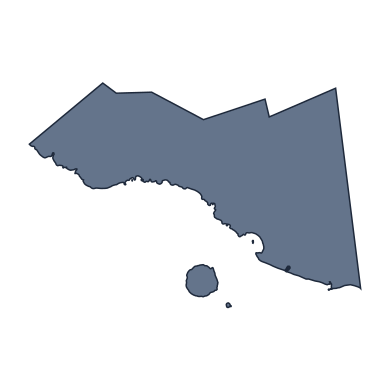 Bogia District, Madang, Papua New Guinea, rotated 173°
{"feature_id": "67681753B59522358603410", "entity_name": "Bogia District", "entity_type": "district", "adm_level": 2, "iso_a3": "PNG", "parent_name": "Papua New Guinea", "parent_adm1": "Madang", "projection": "orthographic", "projection_center": [145.006, -4.34], "detail": "fine", "context": "isolated", "style": "filled", "palette": "slate", "viewbox_px": 384, "rotation_deg": 173, "n_neighbors": 0, "source": "geoboundaries", "source_scale": "gbopen_adm2", "svg_char_len": 6018}
<svg xmlns="http://www.w3.org/2000/svg" viewBox="0 0 384 384"><g transform="rotate(173 192 192)"><path d="M36.8,277.5L106.2,257.1L108.2,275.3L171.8,262.4L219.9,296.0L255.1,299.3L267.3,311.0L347.6,259.3L346.6,257.9L345.9,257.3L344.7,256.7L343.9,256.7L343.0,256.3L342.6,255.6L342.7,254.4L342.4,253.7L342.0,253.3L341.2,253.1L338.8,248.3L337.9,247.1L335.7,244.9L334.7,244.2L334.0,243.9L333.1,243.9L330.3,244.8L329.5,244.8L328.4,244.5L327.4,244.6L326.6,245.4L325.7,247.4L325.2,247.9L324.5,247.7L324.3,246.3L325.0,245.5L325.9,243.4L326.0,242.2L325.1,239.6L323.8,237.3L323.5,236.0L323.1,235.2L322.1,234.5L320.3,234.7L317.9,234.1L317.2,233.7L317.0,232.8L317.2,231.9L316.9,231.6L316.2,232.2L315.8,232.1L314.8,231.6L314.1,232.0L313.7,232.0L313.4,231.8L313.5,230.9L313.0,230.3L311.2,229.0L309.9,228.4L306.5,228.5L305.8,228.8L304.8,229.1L304.2,229.2L303.4,228.7L303.9,227.8L304.5,227.5L305.1,226.8L305.3,225.6L305.9,225.0L305.8,224.6L304.4,224.6L303.5,224.1L302.4,223.2L302.0,222.6L301.8,221.5L301.0,220.3L299.9,218.2L298.2,217.2L298.7,216.5L298.7,215.9L297.7,213.3L296.3,211.8L294.1,210.3L292.4,209.6L291.7,208.7L290.8,207.9L289.7,207.4L288.2,207.4L287.1,207.6L285.9,207.5L281.9,206.6L277.9,206.2L275.6,206.2L271.9,207.2L270.7,207.8L269.3,208.2L267.3,208.5L265.9,208.5L263.8,209.5L261.7,210.0L259.2,210.0L258.4,209.4L258.3,208.0L257.9,207.5L257.1,207.3L256.8,207.6L256.9,208.1L257.4,208.8L257.3,209.6L256.1,210.9L254.9,211.5L254.1,211.5L253.5,211.3L252.8,211.4L251.8,212.7L249.6,213.5L249.0,213.4L248.3,212.6L248.0,211.5L247.5,210.9L247.0,211.0L246.7,211.3L246.4,212.4L246.4,213.0L245.9,214.0L245.6,214.4L244.1,214.7L243.4,214.6L241.4,213.3L240.3,212.0L240.2,211.4L241.0,210.3L240.8,209.5L240.5,209.4L239.7,210.4L239.3,210.5L238.9,210.2L238.9,209.7L239.5,209.1L239.4,208.6L237.9,207.5L237.2,207.5L236.2,208.1L235.5,208.1L234.5,207.6L234.1,207.6L233.7,207.8L233.0,208.6L232.7,209.3L232.3,209.7L232.0,209.7L231.6,209.3L231.2,207.4L230.8,207.0L230.2,206.8L228.1,206.9L227.4,207.1L226.8,207.6L226.4,207.5L225.9,207.1L225.9,205.7L225.4,204.9L223.5,203.8L222.6,203.8L221.6,204.2L220.8,204.8L220.4,205.4L220.3,206.3L220.0,206.7L219.3,207.0L218.6,207.0L217.7,207.3L216.5,207.2L215.2,206.7L214.4,205.9L214.1,205.1L213.6,204.6L213.1,204.5L212.8,204.2L212.8,203.3L212.3,202.2L211.7,201.6L210.6,201.2L209.5,201.2L208.8,201.5L207.7,201.7L206.8,201.4L205.1,200.5L204.1,199.2L201.7,198.3L200.9,197.6L200.5,196.8L199.9,196.3L198.9,196.0L198.0,196.0L196.8,196.9L196.1,197.0L192.2,195.0L189.2,193.7L186.6,191.9L184.6,190.0L183.7,188.8L182.8,186.6L183.2,184.5L182.9,183.7L182.7,183.5L181.0,183.2L180.4,182.7L180.3,182.1L179.8,181.6L178.6,180.7L177.7,179.3L177.9,178.1L177.4,177.3L176.8,176.7L176.3,176.5L175.5,176.6L175.3,176.9L174.9,178.0L174.4,178.4L173.7,178.5L173.2,178.3L173.1,177.1L172.7,177.1L172.0,178.1L171.8,178.2L170.9,177.7L170.6,175.0L170.7,174.6L171.8,173.2L171.8,172.7L171.6,172.3L170.8,171.9L170.7,171.5L171.0,170.8L172.0,169.9L173.1,168.3L173.1,167.7L172.6,166.8L172.8,165.3L172.6,164.2L170.3,162.1L169.3,161.8L166.8,160.4L166.0,159.1L166.0,157.5L165.8,157.1L165.2,156.5L164.2,156.4L163.7,156.6L163.2,156.6L162.2,156.2L159.2,155.3L158.5,154.7L158.1,154.1L158.1,153.6L158.3,153.0L158.9,152.3L158.6,151.5L158.1,151.0L156.8,150.5L156.0,149.6L154.6,148.6L154.0,147.9L153.0,146.8L152.5,145.8L151.5,144.9L151.6,143.8L151.0,142.4L150.6,142.0L150.1,141.8L149.3,141.9L148.7,142.4L147.6,142.7L146.4,143.6L146.1,143.7L145.0,142.9L144.4,142.9L144.0,143.4L143.4,144.5L142.8,144.9L141.6,144.8L140.3,144.4L138.2,144.5L137.4,144.4L133.9,142.8L131.8,141.0L130.2,139.2L128.2,134.8L128.0,132.6L127.7,131.8L127.4,128.7L127.7,126.8L129.2,124.5L130.0,123.3L130.5,123.0L131.2,123.1L131.9,123.5L132.5,123.6L134.1,123.5L135.4,123.8L135.8,123.8L136.2,122.8L135.2,120.0L134.4,118.7L133.8,116.9L132.4,115.4L130.9,114.4L128.1,113.0L123.4,110.4L120.4,108.4L115.8,105.8L111.1,103.6L109.6,102.8L108.1,101.3L107.8,101.2L107.5,101.3L107.6,102.1L106.8,103.0L106.5,103.7L106.7,103.9L107.1,104.0L107.5,103.9L108.7,103.1L108.9,103.1L108.9,103.4L107.6,104.5L107.2,105.4L106.0,106.6L104.6,106.5L104.2,106.1L103.9,105.3L104.0,104.5L105.3,103.1L106.8,102.2L107.0,101.7L106.8,101.1L106.6,100.8L104.3,99.8L101.0,97.8L96.2,95.8L89.4,91.7L86.8,91.4L80.7,88.7L76.6,87.4L73.9,86.1L71.0,84.3L69.4,83.6L68.9,83.5L67.7,83.9L66.5,83.7L66.2,83.8L66.1,84.3L66.4,86.0L65.7,85.9L65.7,85.5L64.7,83.5L65.3,80.8L65.0,79.7L65.9,79.3L66.4,79.0L66.1,78.5L65.0,78.5L63.6,79.0L60.7,78.8L58.9,79.1L57.1,79.1L51.9,80.6L46.1,80.7L42.1,79.2L38.6,77.5L36.9,76.4L36.4,75.7L36.8,277.5ZM193.8,86.7L193.3,86.7L192.2,87.1L190.0,87.2L188.8,87.8L187.9,88.1L186.3,89.7L185.4,90.1L184.0,90.2L182.4,90.6L181.4,91.5L179.9,91.6L179.5,91.8L178.9,92.4L179.0,94.1L178.5,94.9L178.3,96.1L177.8,97.2L177.8,97.9L177.3,98.6L177.9,102.2L179.2,106.6L179.2,108.7L179.8,110.8L180.3,113.9L180.7,114.4L181.0,114.4L181.3,114.1L181.8,114.1L182.5,113.6L183.0,113.6L183.6,114.1L184.2,115.0L186.2,116.9L188.5,117.4L189.2,118.2L189.8,118.5L193.1,118.5L194.0,118.2L195.2,118.2L195.6,118.0L198.1,117.9L199.4,117.1L201.8,115.1L203.3,115.0L204.4,114.3L205.9,112.8L207.3,110.3L207.4,109.5L207.1,108.8L207.1,107.3L208.5,104.6L208.4,103.1L208.9,100.9L209.1,100.7L209.2,99.4L209.0,98.1L208.2,96.3L207.6,95.4L206.8,93.3L205.1,91.2L203.0,89.6L200.9,88.5L199.6,88.2L198.8,87.7L197.6,87.4L195.3,87.3L193.8,86.7ZM171.2,73.3L170.8,73.1L169.6,73.0L168.7,73.7L167.4,73.5L167.0,73.9L167.0,74.1L168.0,75.2L168.0,75.9L168.6,76.8L169.5,77.5L170.3,77.4L171.0,77.1L171.4,76.7L171.7,76.0L171.6,74.3L171.2,73.3ZM105.9,105.9L106.4,105.3L106.4,104.6L106.3,104.2L105.7,103.7L105.4,103.7L104.9,104.1L104.7,105.2L105.2,106.0L105.9,105.9ZM137.4,136.5L137.9,136.2L138.1,135.6L137.9,135.0L138.0,133.9L137.7,133.7L137.4,134.1L137.2,134.6L137.1,136.3L137.4,136.5ZM68.3,78.9L68.6,78.4L68.3,77.9L67.8,77.9L67.5,78.2L67.5,78.5L67.8,78.9L68.3,78.9ZM161.1,155.2L161.8,154.7L161.4,154.2L160.7,154.6L160.7,155.0L161.1,155.2ZM250.2,211.2L250.2,210.5L250.0,210.3L249.8,210.5L249.8,211.3L250.0,211.4L250.2,211.2Z" fill="#64748b" stroke="#1e293b" stroke-width="1.5"/></g></svg>